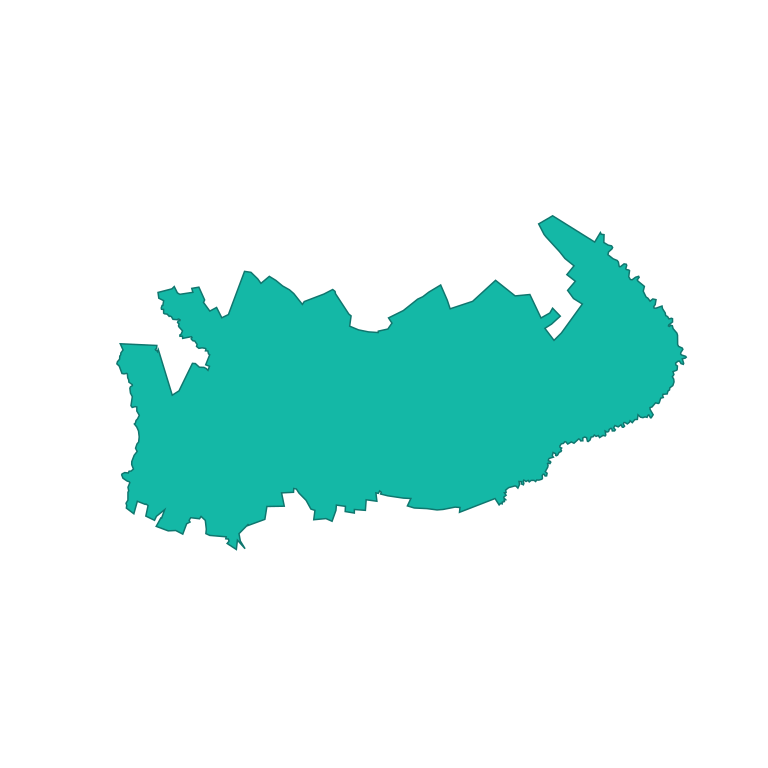 Dr Ruth Segomotsi Mompati, North West, South Africa, rotated 123°
{"feature_id": "47623444B1265322146951", "entity_name": "Dr Ruth Segomotsi Mompati", "entity_type": "district", "adm_level": 2, "iso_a3": "ZAF", "parent_name": "South Africa", "parent_adm1": "North West", "projection": "mercator", "projection_center": [24.344, -26.693], "detail": "fine", "context": "isolated", "style": "filled", "palette": "teal", "viewbox_px": 768, "rotation_deg": 123, "n_neighbors": 0, "source": "geoboundaries", "source_scale": "gbopen_adm2", "svg_char_len": 6171}
<svg xmlns="http://www.w3.org/2000/svg" viewBox="0 0 768 768"><g transform="rotate(123 384 384)"><path d="M603.2,428.7L603.2,417.7L594.8,421.9L597.8,410.8L593.9,419.0L588.5,424.1L575.3,421.4L576.8,421.0L562.4,410.2L550.5,415.5L540.8,401.1L531.1,410.6L524.1,400.9L520.8,402.8L519.8,400.3L521.8,395.9L524.0,386.0L528.7,377.2L527.6,373.1L536.1,369.0L528.5,359.4L527.4,352.8L516.1,355.5L511.5,358.0L507.6,349.7L512.1,347.1L508.4,338.6L505.4,340.5L500.1,330.8L490.8,335.9L486.2,326.1L479.7,331.5L478.8,329.2L476.0,329.4L476.3,327.3L478.1,326.9L475.7,319.9L469.2,305.7L465.4,299.1L473.5,298.0L471.5,291.1L465.1,280.1L460.7,270.9L457.1,266.2L448.5,257.3L446.2,253.0L450.5,250.8L419.6,228.5L422.7,221.6L420.7,221.2L420.1,219.6L418.8,220.5L417.0,219.0L416.0,220.1L414.8,218.9L414.2,221.6L413.3,221.9L410.8,221.0L409.7,223.8L408.5,222.5L406.7,224.2L403.0,223.0L398.1,218.6L397.8,217.4L398.4,215.0L394.5,215.6L392.2,217.7L391.1,215.6L393.0,214.4L392.6,212.2L391.1,212.6L389.8,214.3L388.4,214.4L388.4,211.8L386.3,210.6L387.0,208.9L384.7,208.1L383.1,205.7L383.2,203.7L381.4,203.7L380.2,201.7L377.8,199.7L376.7,199.8L374.6,201.5L372.9,201.3L372.5,200.5L373.4,198.8L372.5,197.6L370.0,198.6L369.7,201.0L364.5,201.4L362.7,202.2L361.6,203.6L360.9,203.2L360.4,201.5L358.9,201.5L358.3,202.2L358.8,204.4L357.5,205.0L356.4,204.9L353.1,202.1L352.5,203.8L349.3,204.9L349.0,202.1L350.4,201.1L350.3,200.4L349.1,199.7L346.0,199.9L344.3,198.8L343.3,198.8L342.5,200.2L341.0,200.1L341.2,201.9L340.3,202.8L337.6,202.7L336.1,201.2L333.9,200.9L333.5,200.0L334.3,197.2L330.6,195.4L330.2,192.4L324.0,190.8L323.8,189.7L324.6,188.1L323.3,186.3L321.1,187.9L319.2,186.9L318.7,184.9L321.2,182.2L321.1,181.5L318.9,180.7L315.7,181.4L314.3,179.9L312.3,179.8L312.4,177.6L310.5,176.2L311.5,174.0L307.8,172.3L307.1,170.2L306.0,170.2L303.0,172.9L302.9,171.0L302.1,170.1L301.0,169.8L299.5,170.4L297.5,169.5L297.7,168.3L299.0,167.0L297.8,165.1L296.4,165.0L295.6,167.5L293.1,167.7L292.4,164.2L289.1,163.0L290.4,160.6L289.8,159.6L288.3,159.3L287.2,161.5L285.7,161.8L285.0,160.9L285.0,158.2L282.4,157.3L280.8,157.6L281.2,154.7L277.3,154.3L275.7,152.2L271.5,154.2L272.1,150.8L271.2,148.5L269.4,147.2L268.7,145.2L266.6,145.6L265.7,145.1L267.2,142.1L266.8,141.5L263.2,141.5L260.4,147.0L258.9,148.1L257.3,146.7L251.9,146.0L251.0,143.4L250.0,142.9L245.2,144.2L243.2,142.4L242.1,143.9L240.7,144.4L238.1,141.1L235.4,142.0L233.5,141.3L231.5,142.2L228.0,140.9L224.3,141.9L222.1,143.7L220.9,146.1L218.2,146.0L216.2,148.4L213.0,146.0L212.0,146.1L209.1,147.7L209.0,149.7L207.6,150.8L204.7,149.8L203.9,148.6L205.1,146.0L204.5,143.7L203.5,143.9L200.4,147.6L198.3,145.5L196.9,145.1L196.5,146.1L197.6,150.3L197.3,151.5L196.1,152.2L192.2,152.2L191.4,153.4L192.0,157.4L191.0,159.2L183.2,164.4L181.8,166.1L180.1,171.7L178.1,173.9L178.5,175.4L180.4,176.1L180.4,177.1L179.4,177.4L174.8,175.8L172.1,177.6L172.3,178.7L174.2,180.5L173.0,182.9L173.2,185.0L171.2,186.9L169.1,191.5L167.2,193.3L172.3,197.2L173.2,198.8L172.3,199.9L169.7,199.8L165.1,201.8L166.3,204.9L169.6,206.0L168.3,209.4L168.3,211.6L165.0,217.1L160.3,218.8L159.4,227.0L158.8,228.3L155.6,228.1L155.0,229.1L157.5,231.2L161.5,232.7L162.2,234.3L160.7,237.2L155.2,239.8L155.1,240.8L156.0,243.1L155.5,244.1L152.4,245.0L151.6,246.0L152.5,248.1L156.6,249.5L157.3,250.2L157.1,251.0L154.1,253.8L153.4,255.7L154.2,260.0L153.6,266.6L151.0,267.6L146.5,266.4L145.0,266.6L144.2,268.4L145.4,271.5L145.6,276.7L138.9,280.8L140.1,283.4L139.1,285.0L150.2,284.6L151.1,334.2L165.5,341.5L171.4,331.2L172.4,328.2L177.4,308.9L180.2,300.6L181.4,289.0L192.7,290.2L193.6,279.5L205.5,281.0L209.1,271.6L208.9,261.2L244.6,263.0L254.8,265.2L249.7,279.4L242.5,276.1L231.1,273.1L228.6,283.9L234.1,283.6L243.1,288.3L229.5,310.4L238.7,322.0L236.3,346.9L266.4,354.7L284.9,369.5L279.3,376.5L270.1,390.4L282.6,396.5L289.7,399.0L294.5,402.0L311.9,407.8L326.1,416.2L328.6,410.5L335.8,410.7L342.8,417.6L344.0,416.9L348.7,425.3L352.5,434.9L354.2,444.3L344.8,448.7L344.5,451.6L335.6,471.8L334.8,473.7L333.0,475.5L332.7,478.5L341.3,483.4L358.3,495.8L361.7,495.8L357.3,508.9L356.5,514.6L357.0,522.4L356.0,531.2L356.2,538.8L366.6,542.0L364.6,547.2L362.8,556.4L365.5,562.3L410.5,552.3L416.8,556.1L411.0,566.1L417.7,569.8L413.9,579.8L411.2,580.2L403.6,592.0L408.5,597.3L411.2,594.2L420.0,604.1L420.1,606.9L416.5,613.0L419.7,613.7L430.3,623.4L434.7,619.6L434.1,614.2L438.5,612.3L439.0,612.9L441.6,612.2L442.5,611.3L441.5,609.5L444.6,607.4L444.7,606.5L443.5,603.8L444.3,601.0L443.6,600.7L443.3,599.0L444.7,596.2L442.9,592.8L441.3,591.6L441.3,589.9L442.0,589.7L443.2,591.0L444.9,590.6L445.2,588.6L447.2,588.0L447.8,587.0L449.2,581.9L452.7,581.3L454.1,581.9L455.1,581.1L453.7,579.1L455.4,577.7L449.2,571.3L449.7,570.2L450.8,570.5L451.4,569.9L451.8,567.6L451.0,566.2L452.6,562.3L454.6,561.7L454.9,558.7L452.7,556.2L451.4,553.1L451.7,552.3L453.4,551.8L452.2,549.8L454.3,547.6L454.4,546.1L465.0,544.0L464.2,540.0L468.4,539.1L467.9,541.5L468.1,544.0L470.5,548.0L469.6,553.3L471.0,555.9L501.4,552.2L508.7,555.5L478.0,592.1L480.2,591.6L479.6,592.9L480.0,593.8L479.6,594.5L477.8,594.2L475.4,595.5L493.9,627.1L497.6,621.4L501.3,621.6L502.9,620.7L504.5,620.8L507.2,619.3L510.5,619.7L512.6,619.0L513.2,615.8L517.9,609.5L517.1,607.6L515.2,605.5L515.3,604.7L518.4,602.3L519.4,600.6L521.4,598.9L521.6,594.8L522.4,594.2L524.5,595.1L526.0,594.8L529.7,591.7L531.7,588.2L540.0,584.4L540.8,582.4L538.5,580.4L537.9,578.8L541.3,576.6L543.5,572.2L547.5,571.7L549.6,572.1L552.3,571.2L553.5,571.6L554.7,568.0L557.1,564.3L561.7,560.5L566.3,558.2L568.8,558.5L573.2,557.4L575.0,554.3L579.9,554.7L586.4,553.3L589.0,551.7L591.8,547.8L594.8,548.7L596.0,550.3L597.9,550.0L599.5,553.2L602.0,554.7L603.1,554.5L605.2,551.6L605.3,546.7L604.7,544.3L605.2,543.4L610.0,542.5L612.7,539.9L614.2,539.8L620.9,535.5L624.5,535.4L626.0,533.6L628.4,532.5L629.1,523.1L616.7,527.0L615.0,518.7L614.3,518.3L614.4,515.7L624.5,511.8L623.3,502.2L618.9,502.8L608.8,499.5L617.6,497.5L617.8,498.2L627.5,497.5L624.7,485.0L620.3,478.9L619.5,471.0L608.7,473.4L605.4,471.5L604.5,473.2L601.4,473.3L597.5,465.3L594.7,465.3L595.7,459.6L602.6,453.9L606.5,451.9L605.9,447.7L598.1,433.1L600.0,432.4L598.8,430.1L600.2,428.4L603.2,428.7Z" fill="#14b8a6" stroke="#0f766e" stroke-width="1.5"/></g></svg>